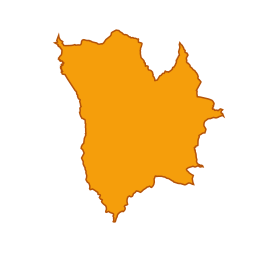 outline of Chiconcuautla, Puebla, Mexico, rotated 103°
{"feature_id": "50627088B56968228277870", "entity_name": "Chiconcuautla", "entity_type": "district", "adm_level": 2, "iso_a3": "MEX", "parent_name": "Mexico", "parent_adm1": "Puebla", "projection": "orthographic", "projection_center": [-97.965, 20.086], "detail": "fine", "context": "isolated", "style": "filled", "palette": "amber", "viewbox_px": 256, "rotation_deg": 103, "n_neighbors": 0, "source": "geoboundaries", "source_scale": "gbopen_adm2", "svg_char_len": 5700}
<svg xmlns="http://www.w3.org/2000/svg" viewBox="0 0 256 256"><g transform="rotate(103 128 128)"><path d="M222.7,121.2L222.5,119.8L222.1,119.3L218.6,119.1L217.1,118.7L215.3,118.7L214.0,118.3L212.1,117.1L210.6,115.3L210.3,114.7L210.6,114.1L210.3,113.6L208.5,112.7L208.0,112.6L206.7,112.7L205.1,113.9L204.1,113.4L203.2,111.8L202.5,111.2L200.3,112.3L198.3,112.8L196.5,112.8L195.1,112.5L193.9,111.4L194.4,110.2L194.2,109.2L193.6,108.5L193.0,108.2L190.7,107.9L189.2,106.5L187.5,105.7L187.4,103.6L187.9,101.5L187.2,100.7L184.6,99.0L182.8,97.2L181.3,96.1L180.5,94.6L179.9,94.0L180.1,93.2L180.5,92.6L180.6,91.8L180.2,91.4L178.5,90.5L177.1,90.2L174.8,90.2L171.8,91.1L170.6,90.8L169.6,90.8L168.7,90.5L168.9,89.6L168.5,89.3L168.5,88.3L168.2,87.7L167.5,84.3L167.6,81.7L167.4,81.3L168.2,78.8L168.1,77.0L169.6,72.7L169.7,71.9L170.3,71.3L170.7,66.8L170.6,65.4L170.3,64.6L170.6,60.2L170.5,59.7L170.2,59.0L168.2,56.9L167.8,56.2L167.8,54.9L168.3,52.4L168.3,51.3L167.1,52.0L166.6,52.5L162.9,54.0L159.5,53.7L159.1,55.4L158.0,58.2L157.2,59.2L156.3,60.9L155.4,61.7L154.8,61.7L153.1,60.3L150.7,56.1L150.9,54.0L150.7,53.5L149.0,51.2L149.7,49.5L149.6,48.3L148.9,47.3L148.9,46.2L148.3,46.6L147.8,47.6L147.8,48.1L148.1,49.4L147.7,50.0L147.6,51.3L146.7,52.7L145.5,53.6L144.4,53.8L143.6,53.7L141.1,55.0L138.7,55.7L137.1,56.4L136.4,57.0L134.5,57.6L134.5,58.0L134.3,58.2L133.7,58.2L132.3,58.9L131.2,57.8L130.8,58.1L129.9,57.1L129.4,56.1L129.2,56.0L124.7,56.9L123.2,57.0L120.6,56.6L119.3,57.1L117.1,54.9L116.7,54.7L115.8,53.3L115.5,52.0L113.2,51.8L111.6,51.8L108.9,54.4L108.0,54.8L105.9,55.0L104.2,54.7L101.1,52.1L100.6,51.1L100.4,50.0L98.5,47.1L98.4,44.9L98.1,43.9L97.1,42.4L96.5,41.9L95.2,39.8L94.4,39.2L95.1,37.5L92.6,39.2L92.6,39.9L92.2,40.8L90.2,40.9L89.5,40.2L88.9,39.9L88.6,41.9L88.7,42.4L90.9,44.2L90.6,45.0L90.8,46.4L91.3,47.2L91.2,47.6L90.3,48.7L90.3,49.0L90.6,49.7L90.2,50.0L89.6,50.2L87.8,49.6L87.2,50.1L86.1,49.5L85.3,49.8L84.6,49.7L82.8,51.4L82.1,52.6L81.8,54.5L81.6,56.6L81.6,64.5L81.9,67.5L78.8,68.7L76.5,69.0L76.0,69.8L67.1,67.3L66.5,67.4L65.2,69.2L64.9,69.4L64.7,70.2L63.9,71.0L63.5,71.2L62.1,71.2L60.3,72.3L58.7,73.9L58.4,74.5L57.1,75.8L56.5,77.7L55.2,79.2L54.3,81.2L53.0,81.7L51.4,83.9L51.6,84.2L50.8,85.6L50.5,85.8L48.6,86.0L48.4,86.3L46.7,86.9L45.1,86.5L43.9,86.0L43.6,86.4L42.8,86.3L42.4,87.1L41.9,87.2L41.6,88.8L41.3,89.5L40.9,89.7L39.9,89.7L39.6,89.8L39.3,90.2L38.9,91.1L37.5,91.8L35.2,94.0L34.8,95.0L33.3,96.7L35.2,96.8L36.8,96.0L38.2,95.6L42.4,95.8L44.7,94.6L45.7,94.3L46.6,95.0L48.2,95.1L49.0,95.6L50.4,95.6L50.9,96.1L51.8,96.1L52.5,95.7L54.0,95.7L54.8,96.0L56.5,96.2L57.9,96.9L58.7,97.0L58.7,97.7L59.0,98.0L60.1,98.2L60.6,98.0L62.0,98.9L64.4,101.0L64.2,101.6L64.6,102.9L64.2,104.5L66.1,104.9L66.6,105.1L66.8,106.0L67.1,106.5L69.3,107.6L69.9,108.6L71.1,109.1L74.6,110.2L75.8,112.4L75.7,112.6L74.4,112.9L72.5,114.2L72.0,115.0L71.2,115.5L70.1,115.6L69.6,116.1L68.1,116.7L67.1,118.2L66.8,118.9L66.7,121.1L65.2,122.1L63.9,122.1L63.4,122.4L63.2,123.2L63.3,124.2L63.7,124.9L60.8,125.9L60.8,126.7L60.4,127.0L59.4,127.2L58.5,128.0L56.5,131.1L53.5,132.4L52.1,132.9L51.3,132.9L49.9,133.5L48.3,133.5L47.2,133.8L45.9,133.4L42.8,133.3L42.3,133.6L42.1,134.5L42.1,137.0L40.4,137.7L39.7,137.6L39.0,137.9L39.3,138.6L38.9,140.8L39.2,142.6L38.8,143.6L39.3,144.9L39.4,145.7L38.9,146.1L38.8,146.5L39.0,147.2L37.6,149.8L37.6,151.8L37.9,152.1L37.9,152.6L37.6,153.7L36.7,155.1L36.0,157.4L35.1,158.8L35.3,161.6L38.0,164.7L39.0,165.5L41.0,165.4L42.4,165.9L46.8,169.4L50.7,170.9L52.0,172.2L51.9,172.8L52.9,175.0L52.8,176.5L52.2,177.5L52.2,182.4L51.9,182.9L51.6,184.6L51.8,185.2L51.5,185.5L51.5,185.8L52.0,187.8L51.9,190.9L52.6,192.2L53.9,192.7L56.4,192.5L57.4,192.9L58.0,193.6L58.3,195.4L59.1,197.6L58.7,198.5L59.6,200.0L60.4,202.0L61.9,207.7L62.0,209.2L60.9,210.1L60.4,211.2L58.5,211.0L57.5,213.8L55.3,215.6L53.3,216.4L58.7,217.1L59.4,216.3L60.1,216.0L61.5,218.5L62.5,215.0L63.1,215.0L63.3,214.8L63.4,214.4L64.1,214.2L64.3,213.3L64.1,212.8L65.2,212.0L65.3,211.5L65.9,211.2L66.4,210.2L67.7,209.7L70.8,209.3L71.9,209.5L73.5,210.5L75.2,211.0L75.4,211.3L75.9,211.1L76.4,211.3L76.5,210.9L76.9,210.7L76.7,209.9L77.0,209.4L77.7,209.6L78.0,209.3L78.0,208.5L77.6,208.3L77.7,207.0L78.6,206.5L78.5,205.9L78.7,205.4L79.3,205.2L80.3,205.6L80.2,206.3L81.1,207.2L81.6,206.8L81.4,206.4L81.7,206.0L82.0,206.6L82.9,206.8L83.1,207.5L83.5,207.3L83.7,206.7L84.6,207.3L85.5,206.5L85.4,206.2L86.1,206.1L86.3,205.5L87.1,205.2L87.3,205.4L87.6,204.6L88.6,205.5L89.0,204.8L90.0,204.4L90.2,204.0L90.1,201.4L93.6,198.1L103.3,188.0L104.3,186.4L106.4,185.6L107.0,184.9L107.2,184.4L108.4,184.3L110.1,183.2L110.7,182.6L111.0,181.4L111.4,180.9L112.8,181.1L115.4,179.7L116.7,179.3L117.6,178.5L118.9,179.2L120.1,179.2L121.1,178.6L124.0,178.3L124.0,178.5L125.0,178.0L127.0,176.8L129.0,175.0L128.9,174.1L129.5,172.6L129.4,172.2L129.9,171.6L130.3,171.4L133.1,170.7L133.4,170.2L137.0,169.6L137.9,169.1L140.7,168.5L142.7,167.8L143.1,168.2L144.3,167.5L147.8,168.2L152.8,167.7L154.4,168.7L156.6,169.2L158.4,169.1L159.3,167.3L162.3,165.1L167.7,166.5L169.2,165.4L170.7,164.1L173.1,163.6L175.6,161.7L176.4,160.8L177.4,160.7L178.4,160.1L179.5,159.2L181.2,158.9L183.6,157.5L185.9,157.2L187.4,157.4L188.1,157.1L189.9,155.4L190.5,153.9L191.0,153.4L193.1,152.1L195.2,151.7L195.8,151.8L196.6,150.9L195.4,148.8L196.3,146.0L197.0,144.6L197.5,143.0L199.4,142.2L199.3,140.2L200.1,139.7L202.1,140.3L203.5,138.7L203.5,137.6L203.8,136.9L204.4,136.9L205.3,137.3L206.4,136.6L207.7,134.6L208.7,132.4L209.5,131.7L210.2,131.3L212.0,130.7L213.6,130.9L214.4,130.9L214.9,130.7L215.0,130.1L213.6,128.0L214.3,126.5L214.6,124.0L214.9,122.9L216.1,122.4L217.0,122.8L217.3,122.7L218.9,121.5L219.6,121.7L221.0,121.0L222.5,121.4L222.7,121.2Z" fill="#f59e0b" stroke="#b45309" stroke-width="1.5"/></g></svg>